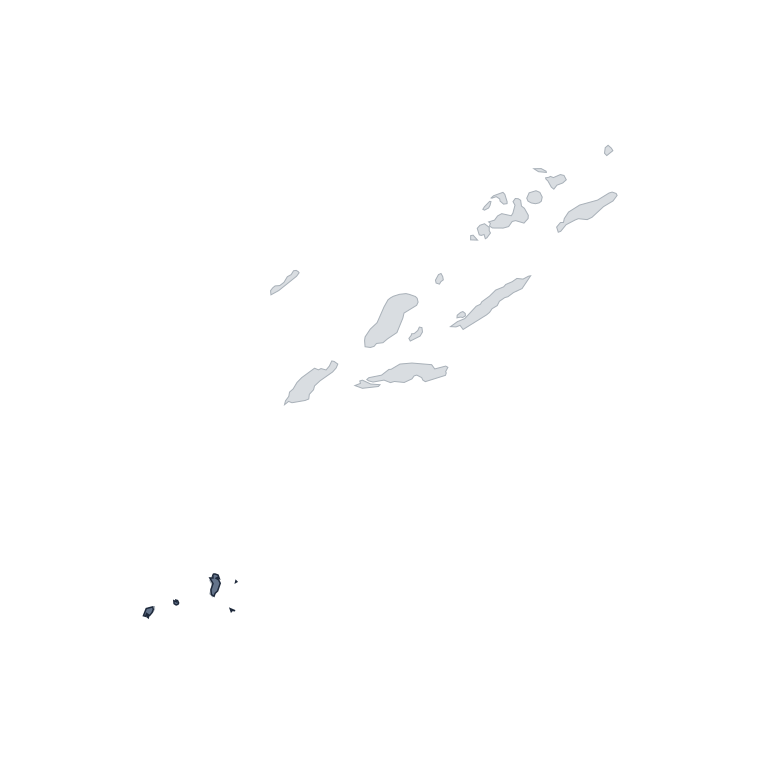 Solomon Islands, with Temotu highlighted, rotated 113°
{"feature_id": "SLB-1934", "entity_name": "Temotu", "entity_type": "Province", "adm_level": 1, "iso_a3": "SLB", "parent_name": "Solomon Islands", "parent_adm1": "", "projection": "orthographic", "projection_center": [166.516, -11.046], "detail": "coarse", "context": "in_parent", "style": "filled", "palette": "slate", "viewbox_px": 768, "rotation_deg": 113, "n_neighbors": 0, "source": "natural_earth", "source_scale": "10m", "svg_char_len": 4451}
<svg xmlns="http://www.w3.org/2000/svg" viewBox="0 0 768 768"><g transform="rotate(113 384 384)"><path d="M298.8,384.7L310.9,393.3L316.0,392.4L331.6,392.2L340.9,398.3L346.4,401.1L349.6,406.7L353.3,407.9L355.7,410.8L357.1,416.0L351.5,418.9L348.0,419.8L338.9,418.1L330.2,414.3L313.0,414.1L304.9,413.2L302.2,411.7L299.6,409.7L295.4,404.8L292.2,399.1L291.6,395.8L291.2,389.3L292.1,387.0L295.3,384.6L298.8,384.7ZM352.0,330.8L365.7,346.9L365.2,349.8L363.4,351.8L363.0,357.3L364.7,359.4L368.4,360.3L374.7,366.0L377.6,375.4L380.2,378.6L380.4,385.5L386.5,394.9L387.1,399.5L386.6,401.6L384.1,400.4L376.8,389.7L368.7,385.2L367.7,383.2L359.4,377.1L353.8,366.5L347.6,347.7L350.3,343.2L343.4,334.2L343.7,331.7L348.5,332.1L349.5,331.0L352.0,330.8ZM303.3,340.0L305.2,345.2L297.8,340.7L292.2,335.2L276.4,329.5L272.9,326.4L270.1,326.1L261.9,321.2L253.9,317.9L247.8,311.8L244.8,310.8L239.8,306.0L234.9,302.9L233.1,297.0L228.3,293.1L227.1,291.3L242.2,294.2L249.2,300.5L255.2,304.0L257.3,306.6L262.8,310.1L267.6,310.4L272.4,313.9L276.8,314.8L280.3,316.6L302.9,332.5L300.3,336.9L303.3,340.0ZM406.0,444.1L412.9,447.2L416.8,446.6L422.7,448.7L427.2,447.4L430.0,450.2L437.2,461.4L437.3,465.0L441.9,467.5L438.0,468.1L432.6,466.8L428.4,467.8L424.0,465.7L416.6,464.7L410.2,462.2L396.6,454.1L396.6,449.9L394.4,448.0L393.7,442.8L388.8,441.3L383.2,441.1L382.7,438.7L383.7,434.3L387.9,434.3L393.0,436.0L406.0,444.1ZM174.4,281.0L176.2,282.9L172.1,286.4L166.5,284.7L165.1,281.9L161.3,282.7L153.6,281.3L142.8,273.8L131.3,259.3L120.3,251.5L118.2,249.0L117.9,244.8L119.3,243.1L126.0,244.7L134.9,251.2L149.3,257.7L153.3,261.2L155.9,269.7L158.4,272.2L166.2,278.6L174.4,281.0ZM190.4,330.8L193.9,335.2L198.0,345.1L197.4,348.6L194.6,348.8L193.9,351.0L190.0,346.3L184.9,345.1L181.2,342.2L179.4,332.6L176.5,332.1L168.2,333.3L165.7,336.5L161.9,335.6L161.0,332.8L161.5,330.0L166.5,327.0L167.4,323.4L172.3,317.1L175.4,316.0L181.2,318.0L182.2,326.7L184.3,329.5L190.4,330.8ZM346.1,522.9L342.4,524.9L339.0,524.0L336.3,522.6L334.1,518.4L329.5,515.8L323.0,514.9L319.6,512.2L315.1,511.5L313.7,509.2L314.1,506.8L314.8,505.6L319.0,506.6L339.1,517.4L346.1,522.9ZM132.1,315.0L131.1,315.8L129.2,312.9L127.9,312.0L127.8,308.7L122.3,303.5L121.7,299.8L124.8,296.0L129.1,298.0L133.4,302.5L138.3,303.8L137.4,306.9L133.1,312.4L132.1,315.0ZM159.4,322.9L157.2,325.2L151.3,325.1L146.7,319.6L146.7,315.4L150.1,311.4L154.3,310.6L156.7,312.0L158.9,315.1L159.8,319.2L159.4,322.9ZM209.5,354.6L204.3,359.0L200.4,357.7L197.2,354.1L198.7,348.3L201.7,347.1L203.4,345.0L209.2,346.4L210.7,347.5L207.3,350.3L209.2,352.5L209.5,354.6ZM645.3,462.4L636.3,463.6L632.9,467.6L628.3,467.2L626.7,463.9L626.7,462.3L629.2,462.6L630.5,459.4L633.1,457.8L639.3,457.1L646.8,458.8L645.1,461.7L645.3,462.4ZM396.4,402.2L396.8,410.2L392.6,405.9L390.7,407.5L388.9,405.4L389.2,396.2L386.2,387.4L388.5,388.2L396.4,402.2ZM170.8,357.3L170.9,358.1L167.9,356.7L161.1,349.4L162.2,346.9L168.1,341.9L169.9,341.2L171.7,344.2L170.3,348.6L168.4,349.8L167.7,353.9L170.8,357.3ZM321.1,368.9L325.8,369.5L334.2,376.6L332.3,378.9L328.4,377.9L327.1,378.3L325.8,375.9L321.6,373.8L317.8,373.7L317.3,371.1L321.1,368.9ZM268.3,377.2L262.0,376.6L260.0,374.7L262.2,371.9L265.0,370.1L267.5,371.6L270.4,372.0L270.7,375.5L268.3,377.2ZM85.4,271.2L80.0,272.7L76.7,271.0L78.1,266.8L79.8,264.5L86.7,268.2L85.4,271.2ZM294.6,342.7L292.1,343.5L288.2,341.5L286.5,339.7L287.3,336.8L289.5,335.7L292.1,337.6L292.4,339.5L294.6,342.7ZM688.3,512.4L683.5,513.3L681.6,513.1L678.5,508.3L680.8,507.2L684.3,507.6L685.4,510.5L688.3,512.4ZM184.7,359.4L184.6,361.3L181.5,360.8L174.6,358.1L174.3,356.8L178.2,356.2L181.1,356.5L184.7,359.4ZM128.2,324.7L127.3,330.2L124.3,323.5L124.8,317.9L125.8,317.2L128.2,324.7ZM217.5,360.6L213.5,362.2L212.2,360.1L215.0,354.1L217.5,360.6Z" fill="#d9dde1" stroke="#a8b0b8" stroke-width="1"/><path d="M645.8,457.5L645.3,460.6L641.0,462.9L634.5,463.4L630.6,468.5L629.4,465.6L627.2,466.8L625.6,466.7L624.9,465.4L624.7,462.1L627.3,459.7L627.1,461.6L628.4,462.7L628.9,459.7L631.4,456.9L639.5,456.3L642.7,457.7L645.8,457.5ZM688.7,509.3L688.0,512.9L691.0,512.7L691.3,514.9L683.6,515.1L679.6,509.8L681.6,508.3L685.1,508.2L688.7,509.3ZM668.2,491.4L665.6,492.8L665.6,490.1L664.2,491.1L664.0,489.4L665.8,487.5L667.3,487.6L668.6,489.0L668.2,491.4ZM651.7,435.2L653.2,435.7L650.9,437.8L650.9,432.5L651.7,435.2ZM691.3,509.6L691.0,511.0L689.2,511.8L689.1,510.2L691.3,509.6ZM624.7,443.1L623.0,443.4L623.5,442.2L624.7,443.1Z" fill="#64748b" stroke="#1e293b" stroke-width="1.5"/></g></svg>